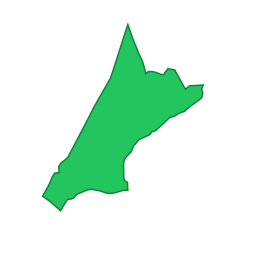 outline of Pacatuba, Ceará, Brazil, rotated 197°
{"feature_id": "56859067B42057583895645", "entity_name": "Pacatuba", "entity_type": "district", "adm_level": 2, "iso_a3": "BRA", "parent_name": "Brazil", "parent_adm1": "Ceará", "projection": "orthographic", "projection_center": [-38.602, -3.952], "detail": "fine", "context": "isolated", "style": "filled", "palette": "green", "viewbox_px": 256, "rotation_deg": 197, "n_neighbors": 0, "source": "geoboundaries", "source_scale": "gbopen_adm2", "svg_char_len": 1239}
<svg xmlns="http://www.w3.org/2000/svg" viewBox="0 0 256 256"><g transform="rotate(197 128 128)"><path d="M158.4,226.9L158.5,223.1L159.1,178.8L159.4,170.3L161.3,161.8L165.5,143.3L166.9,136.8L169.6,121.5L176.9,82.5L178.5,79.7L180.2,77.1L181.9,74.9L183.0,70.8L180.8,65.2L184.9,63.5L186.2,58.8L186.5,54.6L187.2,49.7L189.7,37.8L184.7,36.1L180.9,34.8L174.2,31.8L170.8,30.4L168.3,29.1L166.4,36.7L164.9,42.2L161.6,43.4L159.3,45.5L158.3,48.3L156.4,50.7L153.9,52.6L150.7,55.3L147.0,57.9L144.2,58.9L140.6,59.2L135.8,59.7L130.2,59.4L126.3,60.1L122.4,61.7L119.6,63.5L116.0,66.0L112.8,67.6L109.9,68.4L111.3,72.1L112.5,75.8L116.1,76.8L117.8,80.1L118.9,83.5L119.9,86.7L121.4,91.1L122.1,94.8L121.7,98.7L118.1,106.0L117.2,113.0L115.8,116.1L114.0,120.2L110.9,123.0L105.3,127.8L103.8,131.8L101.0,133.3L94.9,143.6L91.3,150.1L86.9,152.9L84.3,156.2L82.3,158.0L78.7,160.5L77.2,163.3L74.9,166.7L71.4,171.4L68.2,175.6L66.3,178.6L66.7,183.2L69.0,186.7L68.6,191.1L81.3,186.4L84.5,181.9L100.3,197.2L107.1,196.5L108.6,192.7L109.6,189.4L112.6,188.8L116.6,189.4L120.9,189.1L124.7,188.2L126.9,185.1L128.5,188.1L133.9,196.3L136.5,199.1L140.0,202.9L142.4,206.0L144.4,208.6L147.2,211.8L149.0,214.2L158.4,226.9Z" fill="#22c55e" stroke="#15803d" stroke-width="1.5"/></g></svg>